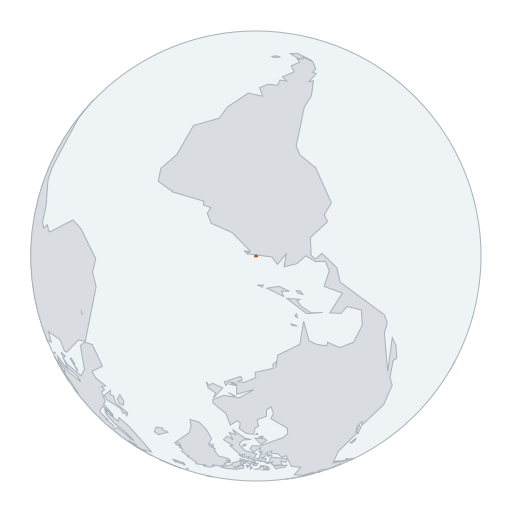 Nueva Esparta on an orthographic globe, rotated 189°
{"feature_id": "VEN-48", "entity_name": "Nueva Esparta", "entity_type": "State", "adm_level": 1, "iso_a3": "VEN", "parent_name": "Venezuela", "parent_adm1": "", "projection": "orthographic", "projection_center": [-64.068, 10.956], "detail": "fine", "context": "on_globe", "style": "filled", "palette": "amber", "viewbox_px": 512, "rotation_deg": 189, "n_neighbors": 0, "source": "natural_earth", "source_scale": "10m", "svg_char_len": 8995}
<svg xmlns="http://www.w3.org/2000/svg" viewBox="0 0 512 512"><g transform="rotate(189 256 256)"><circle cx="256" cy="256" r="225" fill="#eef3f6" stroke="#a8b0b8"/><path d="M201.6,265.1L196.6,262.4L191.3,268.9L174.3,257.1L168.9,243.4L120.1,218.0L115.9,210.7L117.1,199.7L107.8,162.5L108.6,196.6L103.7,189.4L101.0,177.0L104.2,174.4L104.7,156.9L101.3,149.8L106.7,129.1L125.1,105.2L125.2,109.2L129.6,103.6L129.8,98.5L128.8,96.7L144.2,75.9L147.2,65.3L140.6,67.0L148.0,63.3L130.4,70.8L127.2,71.5L135.4,67.9L139.9,65.4L140.0,64.0L144.5,61.3L147.2,59.4L152.7,56.5L157.1,55.4L160.7,53.8L160.6,53.0L166.0,50.2L165.6,51.5L175.0,46.9L184.1,45.8L178.7,54.3L188.3,53.8L194.9,63.5L198.9,61.2L204.0,64.4L210.5,63.1L209.8,66.0L215.6,62.6L214.9,60.4L217.2,58.3L220.9,57.6L220.8,60.8L218.9,61.6L220.8,62.3L219.1,64.3L222.1,62.9L221.5,67.4L227.7,62.0L231.8,64.9L229.9,68.1L222.9,68.9L200.9,80.8L196.8,85.5L198.1,90.8L215.8,97.7L214.2,103.1L217.5,109.4L221.6,105.6L220.6,99.4L229.2,94.5L226.9,88.3L230.0,85.7L230.6,79.4L238.3,79.4L245.5,83.1L245.4,88.5L248.6,90.5L255.0,85.0L260.9,95.6L275.5,104.1L276.2,107.4L266.1,113.3L250.1,113.4L237.1,123.8L253.5,116.4L254.9,125.9L258.5,127.5L263.0,127.0L265.5,123.4L267.7,126.8L252.3,134.7L250.1,131.6L255.0,128.9L247.5,129.4L237.2,136.0L238.7,140.9L221.5,147.7L222.3,151.5L219.1,155.6L218.8,148.8L219.0,161.5L198.9,175.5L198.7,199.0L190.4,180.6L182.2,178.2L172.1,178.3L171.8,182.0L158.8,178.6L146.2,186.1L140.2,204.4L143.5,219.1L158.1,220.4L163.1,212.6L174.2,211.4L164.9,232.8L184.0,236.7L181.3,253.0L186.7,261.6L196.6,259.8L206.8,264.1L214.4,254.8L226.6,249.8L226.5,263.0L233.5,251.0L240.1,257.5L264.4,256.9L262.5,259.9L283.0,275.3L305.6,281.4L310.8,290.8L308.1,296.8L316.0,298.2L316.1,302.0L347.8,306.1L364.1,314.4L363.7,327.6L350.1,343.7L338.1,375.2L313.8,386.3L307.8,398.4L289.1,415.7L274.4,414.8L278.8,422.8L270.8,427.6L261.3,428.0L259.9,433.5L252.9,433.6L257.8,437.1L247.1,443.8L251.0,449.3L243.4,454.2L246.2,457.2L243.0,457.1L240.0,458.1L239.9,459.6L230.0,456.6L226.2,449.8L229.1,446.4L225.0,445.6L231.0,436.4L226.7,438.2L226.3,423.2L231.6,410.4L233.5,370.8L228.3,362.5L210.9,352.5L189.8,320.3L195.1,307.4L190.7,301.1L205.2,282.8L201.6,265.1ZM43.0,183.2L44.8,178.1L43.7,181.6L43.0,183.2ZM45.9,174.9L45.3,176.6L45.8,175.2L45.9,174.9ZM46.3,173.7L46.0,174.6L46.2,174.1L46.3,173.7ZM46.7,172.8L46.6,173.1L46.5,173.3L46.7,172.8ZM197.0,207.0L218.9,218.9L205.9,220.0L208.4,218.0L203.0,213.1L192.7,208.5L181.4,210.6L197.0,207.0ZM208.1,194.2L204.2,193.2L208.1,193.2L208.1,194.2ZM127.6,96.4L129.3,98.8L127.5,104.7L125.6,102.9L127.6,96.4ZM131.8,86.4L133.9,86.3L128.7,91.5L129.1,89.9L131.8,86.4ZM134.8,69.3L135.3,70.0L133.3,70.3L134.8,69.3ZM146.6,59.6L145.1,60.4L147.1,59.1L146.6,59.6ZM226.3,80.0L228.4,79.7L227.2,81.0L226.3,80.0ZM224.6,77.7L221.7,79.3L220.5,78.5L222.3,77.5L224.6,77.7ZM157.3,53.8L161.2,51.8L158.0,53.6L157.3,53.8ZM228.5,75.9L218.7,76.9L216.5,75.5L221.6,70.7L228.5,75.9ZM174.0,46.2L183.3,42.8L171.2,47.5L167.8,49.2L167.2,49.2L163.9,50.6L173.1,46.5L171.8,47.1L174.0,46.2ZM213.0,60.0L213.9,62.4L209.7,61.2L213.0,60.0ZM209.8,59.8L193.6,60.4L194.1,57.0L199.4,57.2L197.4,53.9L205.6,51.9L208.6,53.3L206.6,55.7L211.3,53.2L209.8,59.8ZM189.0,41.2L191.8,40.3L189.7,41.1L189.0,41.2ZM217.8,57.4L214.4,57.6L214.7,54.6L221.4,53.7L219.2,54.9L217.8,57.4ZM192.8,54.2L194.2,52.1L201.2,49.8L202.7,48.7L205.9,51.6L192.8,54.2ZM221.0,55.2L224.8,53.3L228.1,54.2L221.0,57.0L221.0,55.2ZM211.9,54.3L212.4,52.9L214.3,53.3L211.9,54.3ZM242.0,57.0L238.0,56.9L237.8,55.2L242.0,57.0ZM226.0,52.6L224.8,52.3L224.3,51.8L227.4,50.8L226.0,52.6ZM210.7,49.9L213.3,49.6L209.7,48.6L214.9,47.2L216.0,49.5L217.7,47.9L219.3,47.5L218.5,49.9L210.7,49.9ZM229.0,48.4L232.2,51.4L239.7,51.8L240.1,53.2L228.0,52.4L229.0,48.4ZM222.9,49.0L226.7,48.9L225.3,50.4L221.7,51.5L222.9,49.0ZM217.9,45.6L209.7,47.1L209.8,46.6L217.9,45.6ZM231.4,48.1L230.6,47.4L232.1,47.9L231.4,48.1ZM222.4,45.9L219.5,46.4L219.6,45.8L222.4,45.9ZM231.3,45.8L232.4,46.7L230.0,47.3L231.3,45.8ZM227.5,45.6L228.3,44.6L228.5,47.0L226.2,45.9L227.5,45.6ZM223.0,45.2L222.1,45.0L224.2,45.1L223.0,45.2ZM239.7,43.1L240.6,46.0L235.3,47.3L235.2,44.2L239.7,43.1ZM246.9,462.6L231.0,457.7L239.8,460.0L245.1,457.7L253.8,461.2L246.9,462.6ZM263.0,456.3L269.6,454.9L271.4,455.7L267.2,456.9L263.0,456.3ZM434.7,118.8L436.6,122.9L429.9,115.3L421.9,103.8L421.0,102.7L434.7,118.8ZM412.2,93.7L411.8,93.3L409.6,91.2L412.2,93.7ZM406.3,88.2L409.8,91.5L412.4,93.8L415.5,97.1L413.4,95.3L411.0,92.9L410.3,92.9L421.8,105.4L425.7,109.1L427.6,115.0L434.3,122.0L437.0,126.8L426.8,116.8L423.1,112.4L409.3,104.2L413.4,109.2L426.7,117.6L425.3,117.7L430.9,125.6L425.6,119.7L410.0,110.3L407.7,117.1L415.4,140.1L411.8,144.2L403.9,142.9L390.4,123.2L399.9,116.4L395.2,110.4L384.1,104.2L388.0,103.1L384.6,100.1L387.3,97.7L382.1,88.5L383.5,85.9L372.7,77.2L372.0,75.0L378.6,80.6L383.9,83.6L386.3,78.8L384.2,76.4L377.0,71.4L378.6,71.2L371.3,67.0L368.4,63.2L365.8,64.8L357.3,60.1L350.8,55.5L347.5,54.6L358.1,62.1L362.8,65.1L367.5,67.0L379.7,76.6L380.8,79.5L366.2,71.3L366.1,75.0L354.9,68.0L333.2,50.1L328.6,46.1L339.4,47.4L345.5,50.2L344.6,50.8L353.4,53.8L348.9,51.8L350.2,52.0L342.4,48.5L342.9,48.5L334.5,45.4L334.3,45.1L339.6,47.0L327.9,42.5L327.0,42.2L344.3,48.7L361.0,56.7L376.9,65.9L392.1,76.5L406.3,88.2ZM189.4,40.8L183.3,42.8L174.0,46.2L189.4,40.8ZM440.9,384.8L446.0,377.0L453.1,363.8L465.1,329.6L471.3,311.1L473.3,298.2L471.2,272.9L472.1,256.0L470.2,250.4L467.1,254.2L464.2,247.5L461.8,248.7L442.4,263.0L433.1,255.5L413.9,228.3L414.9,214.5L409.1,200.6L411.3,145.1L418.4,145.1L427.8,131.4L430.2,132.0L436.3,142.6L449.2,148.9L444.7,138.8L449.1,140.6L447.9,138.0L455.9,152.2L462.9,166.9L468.8,182.1L473.6,197.7L477.3,213.7L479.8,229.8L481.1,246.1L481.2,262.4L480.1,278.7L477.9,294.9L474.5,310.8L470.0,326.5L464.3,341.8L457.5,356.7L449.7,371.0L440.9,384.8ZM418.4,170.6L420.2,174.8L420.3,174.9L418.4,170.6ZM265.2,256.7L268.1,259.3L264.2,259.4L265.2,256.7ZM203.8,225.4L208.5,225.8L210.9,227.9L207.2,228.5L203.8,225.4ZM244.7,226.3L250.3,227.5L244.3,228.5L244.7,226.3ZM222.4,220.4L240.2,225.9L228.6,229.6L217.4,226.4L225.3,225.3L222.4,220.4ZM205.3,201.7L208.2,202.8L207.1,205.2L205.3,201.7ZM210.9,194.3L209.7,194.5L208.4,192.5L210.9,194.3ZM255.8,125.4L257.1,124.9L261.6,125.2L259.3,126.7L255.8,125.4ZM282.6,118.2L285.5,124.0L281.9,120.6L279.2,123.5L268.2,120.5L275.9,108.9L274.4,114.4L282.6,118.2ZM255.7,114.2L261.8,116.8L254.9,114.5L255.7,114.2ZM363.4,88.0L367.3,88.8L370.6,92.6L368.8,97.7L363.9,92.0L363.4,88.0ZM372.0,89.3L358.1,80.8L358.6,77.9L360.7,80.8L362.4,79.8L366.2,84.3L380.4,90.6L384.2,94.5L378.8,100.6L378.4,96.2L374.7,95.4L372.0,89.3ZM321.5,70.2L315.5,68.2L324.5,64.3L329.1,66.8L327.6,71.5L321.3,71.4L321.5,70.2ZM239.3,67.9L236.4,68.5L236.4,67.4L238.9,66.0L239.3,67.9ZM240.1,57.1L251.9,64.5L249.2,65.4L259.4,69.4L256.2,73.6L249.8,70.7L254.9,77.4L247.8,76.5L252.1,81.0L238.0,74.1L231.8,74.1L239.9,72.3L243.0,68.3L242.5,66.6L236.4,62.0L224.5,60.7L225.7,57.1L229.7,54.9L232.7,54.7L231.0,57.0L236.3,55.0L236.1,58.2L240.1,57.1ZM275.5,40.6L272.3,41.8L282.8,41.4L282.7,43.3L283.9,43.2L286.7,45.0L292.2,47.3L291.1,48.1L293.8,48.7L295.7,50.2L298.9,51.3L298.0,53.5L301.9,55.2L299.3,55.3L306.2,57.8L300.7,57.0L302.6,59.3L307.0,58.9L294.4,71.0L293.5,77.8L295.7,84.2L285.9,82.9L277.5,76.4L271.3,68.5L273.6,62.6L268.8,63.4L268.5,61.0L272.4,61.3L266.2,59.4L267.0,57.6L261.4,52.5L251.8,51.6L249.5,50.0L253.7,49.5L248.5,48.4L254.8,46.5L253.3,45.4L258.1,42.9L266.9,43.0L264.6,41.9L268.1,40.3L275.5,40.6ZM241.3,42.4L252.0,41.4L257.1,42.1L246.7,46.4L247.2,47.6L240.7,51.0L233.4,50.0L235.9,49.0L236.6,47.9L238.7,48.7L237.6,47.3L241.1,46.0L241.2,44.7L244.6,44.6L241.3,42.4ZM428.4,127.2L429.4,126.8L430.0,125.2L433.6,130.5L428.4,127.2ZM418.0,120.9L418.3,119.6L423.6,125.6L422.6,126.3L418.0,120.9ZM413.9,114.0L417.9,119.0L415.1,116.7L413.9,114.0ZM378.4,79.4L378.1,78.0L379.9,79.0L382.1,81.2L378.4,79.4ZM306.8,42.2L304.1,42.1L302.9,41.7L295.0,40.5L294.4,39.3L299.0,39.5L306.8,42.2ZM438.6,124.0L440.1,126.2L439.2,125.0L438.3,123.7L437.5,122.6L438.6,124.0ZM438.8,128.3L440.5,129.0L439.7,129.7L438.8,128.3ZM304.9,40.7L301.7,40.2L303.4,40.0L304.9,40.7ZM293.6,38.5L294.9,38.0L293.5,39.0L293.6,38.5ZM295.7,34.3L307.4,36.8L315.4,38.8L319.4,39.8L318.8,39.9L306.4,36.8L295.7,34.3ZM267.6,31.0L266.0,31.0L264.4,30.9L267.6,31.0ZM269.7,31.1L271.8,31.4L267.7,31.3L266.8,31.0L269.7,31.1ZM288.8,34.7L292.3,35.4L290.8,35.5L288.8,34.7ZM191.1,40.4L191.8,40.3L189.5,40.9L191.1,40.4Z" fill="#d9dde1" stroke="#a8b0b8" stroke-width="1"/><path d="M256.9,255.3L256.9,255.5L257.1,255.8L257.0,256.0L256.9,256.0L256.7,256.3L256.4,256.2L256.4,256.3L256.1,256.3L255.9,256.3L255.8,256.1L255.7,256.1L255.4,256.1L255.1,256.0L254.9,256.0L254.7,256.0L254.8,255.8L254.8,255.7L255.0,255.6L255.3,255.5L255.5,255.5L255.8,255.8L256.1,255.9L256.2,255.7L256.3,255.5L256.3,255.4L256.5,255.3L256.7,255.2L256.8,255.2L256.8,255.3L256.9,255.3ZM256.4,256.6L256.5,256.7L256.7,256.8L256.4,256.8L256.3,256.7L256.2,256.7L256.3,256.6L256.4,256.6ZM255.6,256.5L255.4,256.6L255.5,256.5L255.6,256.5Z" fill="#f59e0b" stroke="#b45309" stroke-width="1.5"/></g></svg>